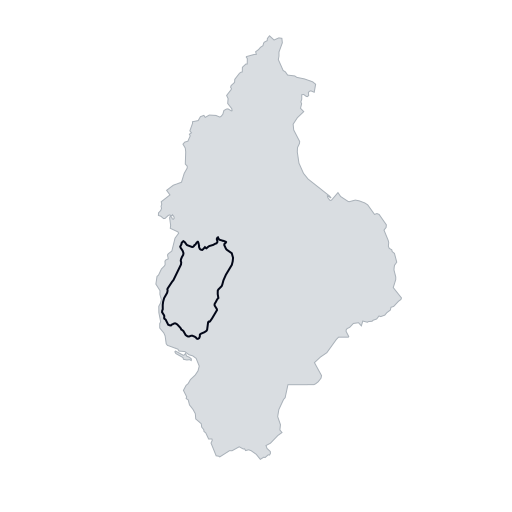 location of Fars within Iran, rotated 52°
{"feature_id": "IRN-3212", "entity_name": "Fars", "entity_type": "Province", "adm_level": 1, "iso_a3": "IRN", "parent_name": "Iran", "parent_adm1": "", "projection": "natural_earth1", "projection_center": [52.93, 29.426], "detail": "fine", "context": "in_parent", "style": "outline", "palette": "ink", "viewbox_px": 512, "rotation_deg": 52, "n_neighbors": 0, "source": "natural_earth", "source_scale": "10m", "svg_char_len": 5549}
<svg xmlns="http://www.w3.org/2000/svg" viewBox="0 0 512 512"><g transform="rotate(52 256 256)"><path d="M256.5,152.4L261.2,152.7L269.8,149.8L270.6,149.1L273.1,143.3L276.1,140.7L281.2,137.6L284.5,136.5L296.2,137.0L297.0,134.6L299.0,133.4L311.7,134.1L313.6,135.9L314.4,139.2L325.0,142.2L327.2,143.2L329.8,145.7L332.0,146.3L334.7,145.2L336.4,146.0L339.2,145.3L347.5,148.9L348.6,152.6L350.2,154.3L352.0,155.9L358.6,158.8L360.6,160.4L365.4,167.3L378.6,167.2L379.5,168.6L379.4,171.6L380.5,178.6L379.5,181.2L381.3,183.4L381.2,187.8L381.9,190.9L380.5,195.1L379.0,196.0L379.9,199.7L378.7,203.4L378.9,204.7L376.9,207.8L376.8,209.0L373.0,211.9L375.9,216.0L371.7,216.3L369.1,220.8L369.9,226.1L369.3,228.8L369.7,230.4L370.8,231.4L376.6,232.5L376.8,233.2L370.8,240.9L371.2,244.0L375.8,259.7L375.3,267.5L376.0,275.6L390.6,278.0L392.3,280.0L393.4,284.5L393.4,287.8L393.0,289.6L377.1,310.1L385.6,320.3L386.0,322.6L391.1,332.6L395.9,337.8L404.0,340.6L407.8,344.3L411.1,344.2L410.9,349.3L412.4,359.9L411.5,364.8L414.4,365.8L418.8,365.1L420.3,366.0L421.2,367.8L420.2,368.8L420.4,372.9L419.3,373.8L418.9,377.8L412.4,377.9L406.4,379.7L404.2,381.1L402.9,384.0L400.9,383.7L400.3,384.8L396.0,386.7L394.7,394.8L393.1,396.7L392.0,408.3L391.0,408.5L388.9,410.4L375.7,406.6L374.3,403.9L373.0,403.4L371.1,406.0L364.5,404.5L362.2,405.0L360.8,404.1L357.3,404.1L354.5,402.4L347.3,403.8L342.9,400.9L338.2,400.1L332.4,400.1L327.7,398.0L325.3,398.8L324.2,397.3L317.2,395.9L314.9,390.7L314.8,388.1L313.0,383.7L312.4,377.2L310.8,372.4L307.8,368.5L299.8,366.2L295.6,367.4L292.6,369.6L287.5,370.9L283.5,375.2L281.3,374.9L271.9,380.8L269.9,380.8L263.0,376.8L259.9,376.0L253.5,376.2L250.0,373.5L249.1,371.6L240.8,367.4L235.8,363.6L234.2,360.0L232.0,357.4L227.0,355.3L224.2,353.0L216.5,352.2L211.1,346.5L211.1,344.7L208.0,338.5L207.4,334.0L206.7,332.8L204.0,330.9L203.6,329.7L204.2,326.9L200.7,325.1L200.2,323.7L200.3,319.3L192.1,308.8L190.4,302.9L188.9,302.7L181.4,306.5L179.3,304.4L172.8,300.6L171.9,299.2L173.6,298.5L175.2,299.2L176.2,298.4L175.8,297.1L174.2,296.4L172.0,296.4L172.5,297.6L170.5,298.7L170.0,300.2L170.4,304.6L169.6,305.8L166.1,306.5L163.9,307.9L162.0,306.3L161.5,303.1L160.3,301.1L158.5,300.3L157.1,298.3L154.9,297.3L154.9,286.2L149.2,286.0L149.3,277.6L152.0,269.3L146.7,261.7L144.3,256.0L142.9,254.9L140.0,255.1L130.7,247.3L127.4,245.3L122.9,244.7L122.4,242.0L123.6,239.0L121.5,235.1L120.9,233.9L119.0,233.5L119.2,231.0L116.7,231.1L112.4,224.3L111.1,223.4L113.7,218.2L112.0,214.0L113.1,210.5L115.5,210.7L116.2,206.0L120.5,201.1L124.2,199.0L124.5,197.6L123.9,194.9L121.6,191.7L122.0,188.9L122.8,187.5L126.6,186.0L126.8,185.4L125.0,184.4L118.4,184.4L114.8,181.1L111.4,180.3L109.6,173.2L109.0,172.3L107.4,172.1L106.4,170.7L106.0,166.0L103.7,163.9L101.9,156.8L101.8,155.1L102.5,153.5L98.9,150.5L98.5,145.8L99.3,144.7L95.1,141.3L93.2,141.2L93.0,140.6L96.1,133.3L97.3,131.6L94.8,130.5L94.9,126.9L94.3,123.9L94.6,121.1L93.0,119.0L92.6,117.8L93.2,114.6L91.6,113.1L90.8,109.8L96.9,108.8L98.2,103.7L100.4,101.6L104.2,104.0L109.4,112.3L112.6,114.8L115.0,117.5L126.5,120.4L129.0,119.5L132.9,119.7L138.0,114.6L140.3,113.9L146.3,108.8L153.7,104.1L157.4,103.3L162.8,109.3L159.6,111.1L159.1,112.6L159.4,114.1L161.9,115.6L162.1,117.3L161.3,118.1L158.0,119.0L157.1,120.7L160.6,123.4L162.2,125.8L164.1,126.3L167.0,130.0L171.6,129.5L172.5,138.3L175.0,145.6L179.9,148.7L192.7,151.1L194.1,152.5L196.1,156.5L199.4,159.4L209.3,165.0L220.1,167.7L227.4,167.6L254.1,161.1L256.6,161.1L252.6,162.7L254.1,163.5L257.5,163.5L258.3,162.8L258.4,161.7L256.5,152.4ZM296.9,372.1L295.3,374.6L292.8,376.7L291.0,376.1L283.6,379.2L281.6,379.0L281.3,378.0L289.5,374.4L289.8,373.4L289.4,371.5L292.0,372.3L294.9,370.8L297.3,370.3L298.5,371.4L296.9,372.1Z" fill="#d9dde1" stroke="#a8b0b8" stroke-width="1"/><path d="M226.3,271.0L226.6,271.0L226.9,271.6L227.1,273.6L227.9,274.3L231.7,275.2L233.0,275.2L238.9,273.4L243.3,275.2L245.9,277.7L248.1,280.5L252.2,291.2L255.1,296.6L257.8,300.2L258.6,301.6L259.2,306.2L259.7,307.4L262.4,309.6L265.9,311.5L265.9,311.9L266.4,313.6L267.8,316.7L268.0,317.5L268.4,318.2L268.8,318.6L269.6,319.1L273.6,319.5L274.6,320.0L278.2,329.2L279.2,332.5L279.2,333.1L278.6,333.5L278.7,334.5L284.0,339.9L284.5,341.2L284.3,343.6L283.4,347.0L283.3,347.9L283.4,348.6L284.9,349.9L285.7,351.3L285.6,352.5L285.3,353.1L284.9,353.4L284.4,353.6L283.4,353.5L281.8,354.0L279.4,355.4L278.8,356.5L278.2,358.4L277.2,359.4L275.0,360.1L270.4,359.4L268.8,359.8L267.9,360.2L267.1,359.9L266.0,359.8L261.4,360.2L259.6,360.9L258.8,361.9L258.5,363.6L258.2,364.7L258.2,365.0L258.4,365.6L257.9,366.4L256.1,367.5L250.7,366.4L250.3,366.4L249.0,366.8L248.7,366.7L248.4,366.6L246.9,365.3L246.3,365.0L242.4,364.6L241.1,363.3L240.6,362.3L237.1,359.6L234.9,357.4L232.6,354.3L230.3,348.7L228.9,347.0L228.4,346.7L227.6,346.3L227.2,345.6L224.6,337.9L224.2,336.0L216.5,320.3L214.9,318.8L213.5,318.3L212.4,317.1L211.2,315.0L210.3,312.7L209.1,311.4L206.8,310.6L202.9,310.3L201.9,309.9L200.9,307.6L200.0,306.7L199.6,305.1L199.6,304.1L201.3,303.6L204.2,303.7L205.0,303.6L209.6,300.8L210.0,300.0L210.0,298.9L209.6,298.1L209.5,297.7L209.7,297.2L209.7,296.7L209.1,295.1L208.8,293.3L209.1,293.0L210.5,293.4L212.5,294.4L212.9,294.5L213.3,295.0L214.0,295.4L215.8,295.9L216.8,295.7L217.6,295.1L218.1,294.7L218.1,293.5L217.6,290.8L219.0,290.6L219.4,290.4L219.4,289.8L219.3,288.5L219.4,286.7L220.9,282.9L221.2,280.7L221.7,279.3L221.2,277.8L220.2,277.1L219.4,276.9L218.7,276.6L218.2,276.1L217.8,275.1L217.9,274.5L219.5,274.9L220.8,274.7L223.2,273.0L223.7,272.8L224.0,272.3L226.3,271.0Z" fill="none" stroke="#020617" stroke-width="2"/></g></svg>